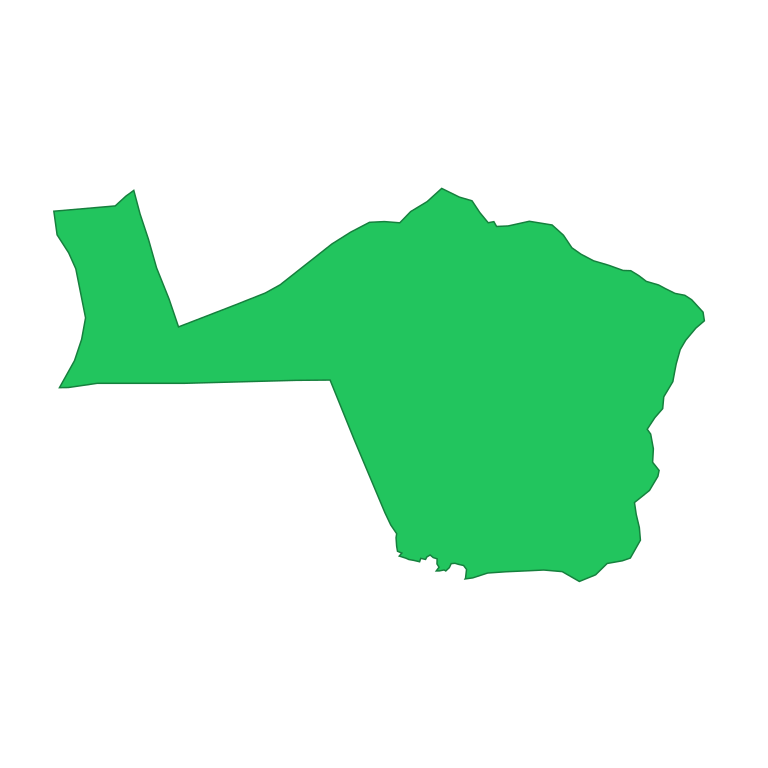 Moniatis, Limassol, Cyprus (Robinson projection), rotated 266°
{"feature_id": "46923920B35123648291300", "entity_name": "Moniatis", "entity_type": "district", "adm_level": 2, "iso_a3": "CYP", "parent_name": "Cyprus", "parent_adm1": "Limassol", "projection": "robinson", "projection_center": [32.9, 34.886], "detail": "fine", "context": "isolated", "style": "filled", "palette": "green", "viewbox_px": 768, "rotation_deg": 266, "n_neighbors": 0, "source": "geoboundaries", "source_scale": "gbopen_adm2", "svg_char_len": 1661}
<svg xmlns="http://www.w3.org/2000/svg" viewBox="0 0 768 768"><g transform="rotate(266 384 384)"><path d="M183.9,451.3L184.4,459.0L188.2,474.2L188.2,492.3L187.6,515.9L187.3,530.3L184.4,548.7L173.4,565.1L178.9,581.8L189.4,594.1L191.0,609.4L193.2,617.6L210.3,628.9L223.0,628.7L236.4,626.5L248.3,625.6L259.3,641.4L272.8,650.8L278.6,652.4L287.2,646.5L293.4,647.3L300.6,648.2L314.0,646.7L315.5,646.5L320.5,643.4L331.6,651.9L340.0,660.3L351.7,662.2L366.2,672.3L375.5,674.7L383.7,676.9L397.7,681.9L406.6,688.0L418.0,699.0L421.7,704.0L424.7,708.0L433.4,707.3L446.6,696.8L451.5,690.3L454.1,680.6L459.5,671.4L463.6,664.9L468.1,652.8L474.2,645.9L479.8,638.1L480.6,630.4L486.7,616.6L492.3,601.6L499.8,589.5L506.8,580.9L519.9,573.4L530.9,562.8L536.2,540.3L533.0,518.8L533.3,507.3L538.3,504.9L537.6,499.2L548.4,491.5L560.6,484.6L565.2,472.2L575.1,455.2L562.9,439.7L554.2,422.7L543.7,411.0L546.0,395.7L546.3,380.8L537.9,361.5L527.4,341.9L490.2,287.3L483.0,271.8L472.5,238.7L455.3,183.0L483.8,175.5L515.8,165.2L544.9,159.1L570.7,152.5L594.6,147.9L589.4,139.6L580.4,128.3L579.4,66.7L555.6,68.3L536.8,78.6L520.4,84.6L470.8,90.9L449.7,85.5L428.9,76.9L403.0,60.0L402.5,68.8L404.7,98.1L398.6,185.3L393.8,296.4L391.7,330.5L330.9,350.3L255.4,376.0L242.9,380.9L233.8,386.2L229.8,385.3L221.3,385.3L216.2,385.8L214.1,390.0L211.3,387.2L208.7,393.7L207.2,396.5L206.0,401.3L204.2,407.1L207.5,408.5L206.1,413.2L208.5,414.7L210.2,418.1L207.4,421.0L205.9,424.8L200.8,424.3L197.4,426.1L193.9,423.1L193.7,426.2L194.3,431.0L193.2,432.6L196.2,436.3L200.1,438.5L200.2,442.3L198.9,445.7L197.4,450.7L193.3,453.4L184.7,451.8L183.9,451.3Z" fill="#22c55e" stroke="#15803d" stroke-width="1.5"/></g></svg>